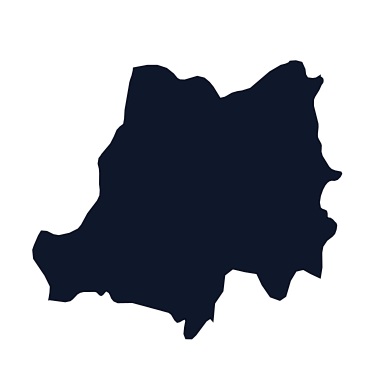 Poni, Equal Earth projection, rotated 9°
{"feature_id": "BFA-2837", "entity_name": "Poni", "entity_type": "Province", "adm_level": 1, "iso_a3": "BFA", "parent_name": "Burkina Faso", "parent_adm1": "", "projection": "equal_earth", "projection_center": [-3.283, 10.293], "detail": "fine", "context": "isolated", "style": "filled", "palette": "ink", "viewbox_px": 384, "rotation_deg": 9, "n_neighbors": 0, "source": "natural_earth", "source_scale": "10m", "svg_char_len": 2227}
<svg xmlns="http://www.w3.org/2000/svg" viewBox="0 0 384 384"><g transform="rotate(9 192 192)"><path d="M136.0,312.7L131.9,311.6L129.3,309.2L127.8,306.6L126.0,304.2L122.7,302.8L121.9,303.6L119.7,307.2L118.4,308.2L116.9,307.8L113.8,305.5L112.0,305.1L100.4,307.0L96.9,308.5L94.4,310.6L90.6,316.1L88.6,318.2L83.9,320.0L68.1,320.4L67.6,320.6L67.7,318.7L67.7,313.6L67.1,307.4L60.0,297.3L46.2,282.5L44.0,274.1L44.8,269.6L47.4,259.4L49.4,254.3L54.8,253.9L61.8,256.1L67.4,256.2L77.7,252.1L85.5,246.5L88.2,242.0L92.6,229.6L100.2,215.5L101.8,209.9L101.3,204.4L99.7,198.7L98.1,187.8L97.1,183.4L95.1,178.7L95.1,173.3L96.3,171.2L97.4,168.7L104.3,157.2L106.8,149.6L108.5,142.7L111.0,139.0L113.0,137.0L114.1,135.7L114.2,130.3L113.3,121.3L113.7,93.2L114.2,89.6L114.8,86.5L115.2,81.1L115.0,78.8L128.0,74.2L138.0,72.6L147.5,74.1L155.1,78.4L159.5,82.3L162.5,83.4L167.4,82.8L179.2,77.2L186.3,77.8L191.8,81.1L196.3,85.1L205.1,95.4L209.9,93.4L216.3,88.3L221.2,86.0L225.7,84.6L233.6,80.7L250.2,61.3L260.1,53.2L264.5,51.3L267.4,49.5L268.5,47.7L274.1,46.4L280.1,47.0L284.1,53.1L285.6,58.3L288.2,61.4L293.5,61.3L296.9,60.2L300.2,57.3L300.3,57.2L300.5,58.6L301.0,58.6L302.0,58.9L303.1,59.6L303.8,61.0L303.9,63.1L303.3,64.5L302.6,65.8L301.2,71.0L298.0,78.7L297.3,81.9L298.3,88.1L305.5,105.0L306.1,108.2L306.5,115.1L307.1,118.2L308.2,120.1L311.5,124.4L312.2,125.9L312.9,132.2L314.8,136.3L323.2,146.1L326.1,148.1L330.0,149.0L335.9,149.2L336.8,150.6L335.8,153.6L333.6,156.6L331.0,158.0L327.9,158.3L325.6,159.4L323.7,161.4L322.0,164.4L320.4,169.1L319.2,175.7L319.2,182.5L321.1,187.7L323.2,188.9L325.7,189.3L327.7,190.0L328.6,192.1L329.2,195.8L330.7,196.6L332.8,196.5L335.1,197.6L337.5,199.6L339.0,200.6L339.9,202.3L340.0,206.4L339.2,210.7L337.4,213.5L332.6,218.6L329.5,225.3L329.4,231.7L331.9,246.2L331.9,256.6L321.9,253.7L314.1,250.8L307.0,253.7L302.8,264.1L300.7,280.3L295.7,285.0L285.9,283.1L276.0,272.7L268.9,262.2L256.9,262.2L244.2,261.3L237.1,268.9L237.8,285.0L231.5,298.4L232.7,316.0L229.8,313.6L226.1,317.1L218.0,332.5L214.7,336.8L208.9,337.6L206.5,333.4L206.1,326.8L206.3,320.4L205.2,318.2L202.8,319.5L200.0,321.8L197.8,322.8L195.2,321.0L191.0,315.9L188.0,314.3L150.3,310.2L136.0,312.7Z" fill="#0f172a" stroke="#020617" stroke-width="1.5"/></g></svg>